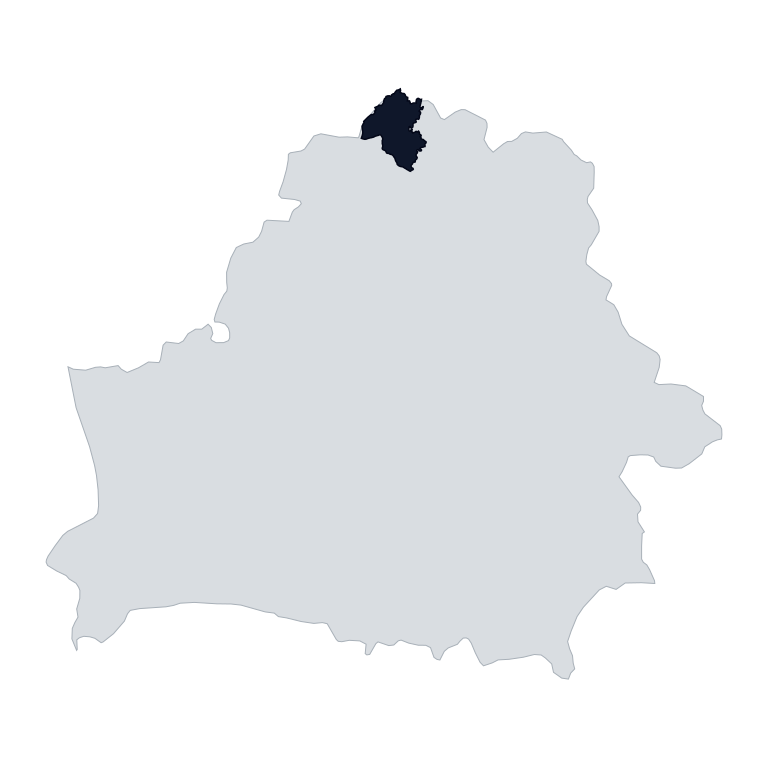 location of Verkhnyadzvinsk, Vitebsk, Belarus
{"feature_id": "67162791B82603429459213", "entity_name": "Verkhnyadzvinsk", "entity_type": "district", "adm_level": 2, "iso_a3": "BLR", "parent_name": "Belarus", "parent_adm1": "Vitebsk", "projection": "mercator", "projection_center": [28.26, 55.859], "detail": "fine", "context": "in_parent", "style": "filled", "palette": "ink", "viewbox_px": 768, "rotation_deg": 0, "n_neighbors": 0, "source": "geoboundaries", "source_scale": "gbopen_adm2", "svg_char_len": 9293}
<svg xmlns="http://www.w3.org/2000/svg" viewBox="0 0 768 768"><path d="M654.8,583.5L641.4,582.7L625.2,583.0L616.1,589.4L606.3,586.3L599.3,589.9L583.4,607.2L577.1,616.5L571.2,630.9L567.6,641.5L569.6,648.8L572.5,655.7L573.2,663.1L574.7,668.9L570.7,673.1L568.4,679.1L561.7,678.1L553.5,672.3L551.7,663.9L545.4,658.0L541.2,655.0L534.3,654.5L523.4,657.2L509.0,659.3L498.1,659.9L492.2,662.9L483.5,665.8L480.1,662.3L475.3,652.8L471.3,643.2L468.6,639.1L466.2,637.9L463.2,638.1L459.9,641.2L457.4,644.3L448.3,647.9L444.3,651.3L439.9,660.0L437.0,659.4L434.0,657.4L430.5,647.6L425.8,645.3L418.2,645.2L408.7,643.1L401.1,640.1L398.3,640.8L393.8,645.0L388.8,645.6L378.0,641.9L375.9,643.6L369.7,654.4L366.8,654.9L365.2,653.6L366.1,644.2L359.8,640.9L349.2,640.3L341.8,641.7L338.2,641.3L336.3,639.5L327.2,623.7L322.4,622.6L313.8,623.4L301.1,621.5L286.5,617.9L278.4,616.6L274.3,613.1L265.2,611.9L241.0,605.1L231.1,604.0L216.6,603.8L194.4,602.4L180.2,603.2L173.6,605.4L166.0,606.8L139.6,608.6L130.2,610.4L127.5,613.8L124.4,621.1L113.5,633.7L103.0,642.0L101.1,642.7L94.9,638.3L89.8,636.8L83.8,636.3L79.5,637.7L76.8,639.8L77.2,649.5L76.6,650.4L71.9,638.9L72.3,628.4L74.9,622.5L78.0,617.1L76.7,609.0L79.8,598.3L79.9,590.5L78.6,587.2L76.1,583.3L69.2,579.0L66.2,575.6L56.9,571.1L47.6,565.5L46.1,562.1L46.5,559.7L48.1,556.1L55.2,545.6L62.8,535.4L67.7,531.3L93.5,518.1L97.6,513.5L98.6,505.7L98.1,489.9L96.5,475.5L94.6,465.5L89.6,446.7L76.1,407.7L68.0,366.8L73.3,369.2L85.7,370.2L95.5,367.3L100.6,366.9L105.2,367.8L118.1,365.6L121.3,369.2L127.1,372.5L138.5,367.8L148.5,362.0L159.0,362.6L160.5,359.8L163.1,345.2L166.2,342.0L178.7,343.5L183.3,340.9L188.1,333.7L195.5,329.2L201.7,329.2L208.1,324.2L211.3,327.5L212.8,333.6L210.7,338.4L211.6,340.3L216.0,342.7L223.7,342.6L228.5,340.6L229.7,337.9L229.7,332.8L228.5,328.2L225.2,324.1L219.2,322.1L214.9,322.0L214.2,319.4L215.7,313.9L219.4,303.8L224.0,294.6L226.8,291.1L227.3,287.9L226.7,282.3L226.6,272.3L230.8,258.1L236.3,247.5L243.8,244.0L252.9,242.2L258.7,237.1L261.6,231.3L264.1,222.1L267.0,220.2L288.9,221.4L292.3,212.2L294.1,209.7L298.4,206.9L301.3,203.7L300.2,201.1L294.6,199.5L281.4,198.1L278.7,195.0L279.6,191.3L283.1,181.8L286.5,169.5L288.2,160.0L288.4,154.3L290.3,152.8L301.0,151.0L304.6,149.1L313.9,136.0L320.9,133.8L339.1,137.2L347.5,136.9L358.1,137.8L359.0,136.5L362.7,123.6L380.7,102.7L390.3,95.4L396.4,93.9L398.5,94.2L408.2,105.3L410.5,105.7L416.9,101.1L428.0,100.7L433.2,104.5L440.6,118.0L444.4,119.6L455.2,112.1L461.2,109.6L465.1,109.7L485.5,120.1L487.0,123.5L487.1,127.4L484.0,139.6L488.2,147.1L493.1,152.2L503.6,143.8L507.5,141.5L511.7,141.4L517.3,138.3L521.4,133.6L525.4,131.9L532.8,133.1L546.4,132.0L562.2,139.3L563.5,141.6L571.4,150.2L574.2,154.5L576.8,155.9L581.0,160.0L586.6,162.7L590.5,161.9L592.4,163.3L594.1,166.6L594.2,172.2L593.7,188.2L588.0,196.5L587.3,199.4L587.5,203.0L592.0,209.8L597.8,220.5L599.1,226.7L599.1,231.3L591.3,244.8L588.6,248.0L586.8,254.7L585.9,261.4L586.4,264.2L599.6,275.0L609.3,280.8L611.5,283.6L611.7,285.4L606.5,296.8L606.0,299.9L613.8,304.7L618.1,312.1L621.9,324.3L629.3,335.9L656.8,352.8L659.2,355.9L660.1,359.5L659.2,367.4L654.2,382.4L658.9,384.6L671.0,384.0L685.8,385.9L703.5,396.5L703.5,401.2L701.7,405.5L702.9,410.1L704.9,413.9L720.2,425.7L721.7,429.1L721.9,434.8L721.5,439.0L717.3,439.9L712.5,441.8L704.8,446.8L701.8,453.9L689.3,463.6L681.6,468.0L675.5,468.2L660.9,466.2L655.8,461.4L653.7,457.0L648.1,455.0L640.6,454.8L630.3,455.6L628.2,456.9L626.5,462.4L622.2,471.6L619.0,476.8L632.1,495.0L638.6,502.5L640.7,507.0L640.6,510.3L637.5,514.1L638.0,521.8L644.4,531.9L642.2,533.5L641.6,545.9L641.6,559.1L643.3,562.3L646.8,564.9L649.6,569.7L654.5,580.7L654.8,583.5Z" fill="#d9dde1" stroke="#a8b0b8" stroke-width="1"/><path d="M410.7,171.2L410.8,170.9L411.0,170.5L411.3,170.3L411.7,170.2L412.2,170.1L412.7,169.9L413.1,169.5L413.3,169.2L413.1,168.6L412.8,168.2L412.2,168.0L411.8,167.7L411.4,167.2L411.1,166.7L411.1,166.2L411.1,165.6L411.3,165.1L411.4,164.8L411.7,164.7L412.1,164.3L412.6,163.7L412.7,163.3L412.8,162.9L413.0,162.5L413.5,162.2L413.8,162.2L414.2,162.2L414.6,162.1L415.1,162.0L415.2,161.6L415.3,161.1L415.3,160.7L415.3,160.3L415.6,159.8L416.0,159.6L416.3,159.3L416.6,159.1L416.9,158.5L417.1,158.1L417.2,157.6L417.0,157.1L416.7,156.7L416.3,156.3L416.2,155.9L416.1,155.4L416.1,154.9L416.1,154.5L416.2,154.2L416.5,153.8L416.9,153.4L417.1,153.2L417.4,152.8L417.4,152.5L417.5,152.0L417.5,151.7L417.1,151.4L416.8,151.2L416.7,150.9L416.7,150.6L416.8,150.3L417.1,150.0L417.3,149.8L417.5,149.7L417.9,149.7L418.2,149.6L418.7,150.0L418.8,150.2L418.9,150.6L419.1,150.8L419.4,150.9L419.7,151.0L420.1,151.0L420.5,151.0L420.8,151.0L421.3,150.7L421.5,150.3L421.5,150.0L421.3,149.7L421.0,149.6L420.6,149.2L420.3,148.9L420.0,148.6L420.1,148.3L420.3,148.0L420.9,147.7L421.4,147.5L422.0,147.3L423.1,147.1L423.5,147.0L424.1,146.7L424.6,146.5L425.0,146.5L425.1,145.9L425.0,145.6L424.9,145.1L424.9,144.4L424.9,144.1L425.1,143.8L425.4,143.5L425.8,143.2L425.9,142.9L426.1,142.5L426.1,142.1L426.0,141.7L425.7,141.5L425.4,141.3L425.0,141.1L424.6,140.8L424.3,140.5L424.0,140.2L423.6,139.9L423.3,139.6L423.0,139.4L422.5,139.4L422.2,139.3L421.6,139.1L421.3,138.9L421.1,138.7L421.1,138.4L421.1,138.1L421.1,137.8L421.0,137.6L420.7,137.2L420.4,137.0L420.2,136.8L420.2,136.5L420.4,136.3L420.7,136.3L420.9,136.2L421.1,136.0L421.2,135.8L421.1,135.6L421.0,135.2L420.9,135.0L420.8,134.8L420.5,134.6L420.3,134.4L420.1,134.4L419.8,134.4L419.5,134.2L419.3,133.9L419.3,133.6L419.3,133.2L419.4,132.8L419.4,132.5L419.3,132.3L419.1,131.9L418.9,131.6L418.7,131.3L418.4,131.1L418.2,131.4L418.0,131.7L417.9,132.0L417.5,132.1L417.1,132.0L416.8,131.6L416.4,131.4L416.2,131.4L415.7,131.5L415.4,131.9L415.0,132.2L414.6,132.3L414.2,132.4L413.9,132.6L413.7,132.8L413.4,133.0L413.1,133.2L412.8,133.2L412.6,132.9L412.5,132.6L412.5,132.4L412.4,132.0L412.2,131.9L411.9,131.9L411.6,131.8L411.4,131.4L411.5,130.9L411.7,130.5L412.1,130.1L412.2,129.5L411.9,129.4L411.5,129.3L411.2,129.7L410.9,130.2L410.6,130.6L410.4,130.8L410.2,131.0L409.8,131.0L409.5,131.0L409.0,130.7L408.9,130.1L408.8,129.4L408.8,128.9L408.8,128.2L408.9,127.4L409.0,127.0L409.3,126.6L409.7,126.5L410.2,126.5L410.2,126.9L410.2,127.4L410.4,127.7L410.9,127.8L411.3,127.8L411.9,127.8L412.6,127.4L412.8,126.9L413.0,126.1L413.0,125.0L413.0,124.6L413.0,124.0L413.2,123.5L413.5,123.1L413.9,123.0L414.3,122.9L414.9,122.7L415.5,122.5L416.0,122.3L416.1,122.0L416.2,121.6L416.1,121.2L415.8,120.9L415.7,120.6L415.6,120.2L415.7,119.6L415.9,119.4L416.1,119.3L416.4,119.2L416.7,119.2L417.1,119.1L417.3,119.0L417.6,118.9L417.9,119.0L418.1,119.2L418.3,119.3L418.5,119.3L418.9,119.0L419.2,118.2L419.3,117.6L419.4,117.2L419.4,116.4L419.3,115.7L419.5,115.4L419.9,114.8L420.1,114.5L420.4,113.9L420.5,113.5L420.6,112.7L420.5,112.2L420.3,111.9L419.9,111.9L419.6,111.7L419.1,111.2L419.2,110.8L419.6,110.4L419.8,110.1L420.1,109.8L420.4,109.5L420.7,109.3L420.9,109.3L421.2,109.4L421.8,109.6L422.3,109.5L422.6,109.0L422.8,108.6L422.9,108.1L423.1,107.8L423.2,107.4L423.2,107.0L423.2,106.7L422.9,106.7L422.7,106.7L422.4,107.0L422.3,107.3L422.1,107.4L421.9,107.6L421.4,107.7L421.0,107.8L420.5,107.6L420.2,107.3L420.0,106.6L420.0,106.0L420.3,105.3L420.4,104.7L420.6,103.9L420.8,103.3L420.8,102.6L421.1,101.9L421.2,101.5L421.5,99.3L420.2,99.5L418.6,98.4L417.5,98.5L416.5,99.4L416.1,101.7L416.3,103.1L414.8,103.1L413.1,103.0L412.0,103.7L410.4,103.7L410.1,102.3L409.5,100.9L407.4,100.8L407.7,99.3L407.7,97.4L406.1,96.8L405.6,96.0L405.1,94.6L404.2,93.6L401.8,93.3L400.1,92.1L400.6,90.7L400.3,88.9L398.5,89.9L396.8,90.2L395.4,91.8L394.2,93.8L393.3,93.7L391.6,94.9L391.4,96.0L390.3,96.4L389.4,95.8L387.6,95.9L386.0,96.5L385.7,98.1L384.6,98.5L383.9,100.3L383.6,102.7L381.6,105.5L379.0,105.1L378.1,106.1L374.9,107.5L376.1,109.9L374.6,111.1L375.1,112.2L373.5,114.5L371.2,114.6L368.0,117.1L365.1,120.0L363.7,121.4L364.1,122.5L363.1,124.3L362.1,126.2L362.4,129.6L362.8,131.7L362.7,133.7L362.1,136.0L361.3,138.3L362.7,138.8L363.4,139.0L364.3,139.2L365.0,139.3L365.6,139.2L366.3,139.1L366.6,139.0L367.0,138.8L367.6,138.6L368.5,138.3L369.4,138.1L369.9,137.9L370.6,137.8L371.3,137.7L372.8,137.3L373.6,137.1L374.9,136.4L375.5,136.1L376.3,135.9L376.7,135.8L377.6,135.5L378.3,135.4L378.8,135.2L379.2,134.9L379.6,134.8L380.2,134.8L380.5,134.9L381.0,135.3L381.3,135.7L381.7,136.4L382.0,136.8L382.2,137.2L382.4,137.7L382.6,138.2L382.7,138.7L382.7,139.2L382.7,139.6L382.5,139.9L382.4,140.2L382.2,140.7L382.2,141.3L382.3,141.6L382.4,142.1L382.3,142.5L382.2,142.9L382.3,143.7L382.4,144.3L382.7,144.7L382.7,145.0L382.7,145.4L382.7,145.7L382.7,146.2L382.7,146.7L382.6,147.0L382.5,147.3L382.3,147.8L382.2,148.1L382.3,148.8L382.6,149.3L383.1,149.7L383.7,150.0L384.3,150.2L384.8,150.4L385.1,150.6L385.7,151.1L385.9,151.5L386.2,152.1L386.3,152.5L386.5,152.9L387.2,153.3L387.6,153.3L388.1,153.3L388.6,153.4L389.0,153.5L389.4,153.9L390.3,154.3L391.3,154.5L391.7,154.6L392.1,154.8L392.8,155.3L393.1,155.7L393.5,156.2L393.7,156.6L394.0,157.1L394.4,157.5L394.9,158.3L395.1,159.0L395.4,160.1L395.6,160.6L395.8,161.1L396.2,161.8L396.5,162.2L396.9,162.7L397.0,163.5L397.1,164.1L397.4,164.6L397.9,165.0L398.5,165.6L399.5,166.1L400.2,166.4L401.1,166.6L401.8,166.7L402.5,166.8L403.2,167.1L403.8,167.5L404.5,168.0L405.5,168.5L406.5,169.2L407.5,169.8L408.7,170.4L409.3,170.9L409.7,171.1L410.1,171.1L410.5,171.1L410.7,171.2Z" fill="#0f172a" stroke="#020617" stroke-width="1.5"/></svg>